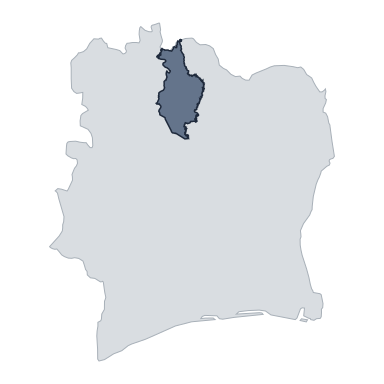 Poro, Savanes, Ivory Coast shown in context
{"feature_id": "98640826B2900878653745", "entity_name": "Poro", "entity_type": "district", "adm_level": 2, "iso_a3": "CIV", "parent_name": "Ivory Coast", "parent_adm1": "Savanes", "projection": "robinson", "projection_center": [-5.804, 9.476], "detail": "fine", "context": "in_parent", "style": "filled", "palette": "slate", "viewbox_px": 384, "rotation_deg": 0, "n_neighbors": 0, "source": "geoboundaries", "source_scale": "gbopen_adm2", "svg_char_len": 9007}
<svg xmlns="http://www.w3.org/2000/svg" viewBox="0 0 384 384"><path d="M78.5,52.8L79.9,52.8L83.5,51.6L86.7,48.9L89.8,43.3L93.9,38.8L98.5,39.1L99.9,38.3L101.5,38.1L103.4,41.1L105.4,43.3L106.7,43.4L107.8,47.7L116.2,49.5L119.8,50.6L122.8,53.8L123.9,53.8L125.2,53.2L126.2,52.1L126.4,50.9L125.1,48.1L125.6,45.6L127.0,43.3L129.2,43.1L132.4,42.5L136.2,42.5L139.0,42.9L140.1,40.6L139.1,34.3L139.3,30.8L139.8,27.8L140.8,26.6L145.0,30.3L148.8,31.7L151.5,31.8L152.3,31.1L151.1,27.0L151.5,25.8L152.5,25.1L154.3,24.7L159.1,23.0L159.6,23.4L160.6,29.8L160.1,31.8L161.2,36.2L162.4,40.2L162.3,41.8L161.3,44.3L160.1,46.6L160.2,47.6L162.1,49.1L165.8,50.7L169.7,51.1L171.8,48.8L174.1,46.8L175.6,45.1L176.1,42.6L178.6,40.8L185.5,38.5L192.0,38.1L193.5,38.8L196.4,42.4L200.1,44.8L205.7,44.5L209.7,45.9L213.3,48.6L215.6,54.6L218.2,59.0L219.3,65.1L223.4,68.4L226.6,69.9L230.9,74.3L235.4,76.6L240.0,76.1L242.2,78.4L245.6,80.1L249.1,80.2L252.1,75.0L256.1,73.0L266.3,68.9L270.3,67.0L274.3,65.8L284.1,65.4L293.2,66.7L297.7,67.7L300.8,67.0L303.7,69.4L306.7,74.6L309.2,76.2L311.7,78.0L313.6,82.1L315.8,86.1L317.0,87.9L319.8,91.9L322.1,91.9L324.4,90.2L325.4,88.9L325.9,91.6L325.0,95.8L325.1,98.5L326.4,99.5L325.7,102.9L323.1,108.6L323.1,112.1L325.7,113.1L327.6,116.8L328.8,123.0L329.9,125.0L330.0,126.3L332.0,141.3L334.4,156.4L332.9,158.4L330.8,159.0L329.5,159.7L329.1,161.1L330.0,163.1L329.4,165.0L326.8,166.3L321.2,171.1L320.8,173.0L319.3,177.1L318.0,179.6L316.2,184.2L313.3,196.4L312.2,206.5L312.1,209.6L310.9,211.8L309.7,215.0L303.5,223.6L300.4,230.7L300.8,233.8L301.0,236.9L300.1,239.1L300.2,245.1L301.0,250.1L302.1,255.1L306.6,269.0L308.9,277.4L310.3,284.3L311.6,288.8L312.8,290.7L313.3,292.5L319.9,293.7L321.2,294.7L323.0,303.6L322.7,307.6L321.4,309.2L321.5,312.6L321.2,316.8L320.2,318.4L316.5,318.7L314.0,320.3L310.7,319.6L310.4,318.6L308.6,318.2L303.7,315.8L304.5,308.1L302.2,307.8L300.5,308.8L297.0,318.0L295.3,319.6L270.9,314.9L265.5,311.0L259.2,310.1L248.1,310.6L238.9,311.7L236.3,314.1L259.4,312.7L261.9,313.0L263.1,314.4L233.9,317.4L222.7,319.2L219.4,318.7L216.9,315.8L204.8,315.4L202.3,316.4L200.8,318.6L205.6,318.1L213.1,318.0L215.1,319.6L191.6,321.8L175.3,326.0L168.4,329.1L145.6,339.2L131.7,344.0L128.1,345.7L121.8,350.7L113.7,353.8L104.5,359.6L99.0,361.0L97.7,359.1L97.6,349.2L96.8,336.0L97.1,331.0L97.9,326.2L97.9,322.3L100.7,320.8L101.4,319.2L101.8,314.0L104.4,309.4L104.5,301.2L105.2,299.5L105.8,297.4L104.7,292.0L103.3,282.0L102.6,281.3L102.0,281.7L100.5,281.9L94.8,278.4L90.4,277.8L87.3,274.9L87.1,271.5L85.6,269.5L84.5,265.6L83.0,261.1L78.7,258.4L74.6,257.7L71.7,258.3L68.3,258.1L64.4,256.6L61.7,254.9L59.1,251.6L56.8,249.0L54.9,249.3L52.6,248.7L50.3,247.5L49.6,246.6L59.1,236.1L62.3,231.0L62.7,227.9L62.7,224.8L63.7,221.5L64.0,216.6L58.8,198.7L57.5,193.1L56.1,191.5L55.2,190.9L57.8,188.6L61.5,189.2L67.1,191.0L68.3,189.2L72.5,180.2L72.4,176.8L72.0,174.5L74.5,168.3L76.4,165.9L77.5,163.3L77.1,159.8L75.7,158.5L73.7,158.7L71.4,157.9L67.8,155.8L66.0,154.0L66.5,145.9L66.9,143.3L68.1,141.9L70.1,141.5L75.7,141.2L80.1,142.2L84.1,142.7L86.2,142.7L87.9,145.1L90.1,147.6L92.1,147.6L92.8,145.7L92.4,137.7L91.0,133.4L88.0,129.3L80.3,125.8L80.1,120.9L80.9,115.5L82.5,113.6L88.3,110.2L87.3,108.4L85.5,106.4L81.8,104.5L82.7,98.1L82.8,92.4L79.7,93.0L76.6,93.4L73.9,91.6L71.6,88.2L71.2,78.7L71.2,67.7L70.8,62.9L71.7,60.3L74.4,57.9L77.4,54.8L78.5,52.8ZM307.5,319.8L306.3,321.9L300.1,320.5L301.5,318.8L307.5,319.8Z" fill="#d9dde1" stroke="#a8b0b8" stroke-width="1"/><path d="M156.3,103.4L156.7,103.9L157.0,104.1L157.5,103.8L158.3,104.2L158.7,104.1L158.9,103.9L159.2,103.9L159.6,104.6L160.6,105.7L160.9,106.3L160.9,106.9L160.6,107.8L159.2,109.9L158.8,111.2L159.7,112.9L159.9,114.8L165.0,117.6L165.3,119.2L171.2,130.7L171.5,131.7L172.3,132.7L172.6,132.9L174.3,133.1L175.3,133.5L175.7,133.2L184.9,138.9L188.0,138.6L187.7,138.4L187.6,138.2L187.8,137.9L188.2,137.7L187.6,137.2L188.0,137.1L187.6,136.3L187.8,135.9L188.3,136.2L188.5,136.0L188.2,135.5L188.2,135.2L187.5,134.9L187.2,135.0L186.9,134.7L186.4,135.2L186.3,135.6L186.0,135.7L185.5,134.9L184.9,134.4L185.0,134.2L185.2,133.9L184.8,133.3L184.7,132.8L184.8,132.6L185.6,132.7L185.7,132.2L185.5,131.8L185.9,131.6L185.8,130.9L186.0,130.8L186.0,130.4L186.2,130.1L186.2,129.9L185.6,129.5L185.1,129.5L184.9,129.1L185.6,128.8L186.5,128.8L186.7,128.6L186.1,128.2L185.3,127.9L185.5,127.4L185.9,127.1L185.4,126.9L184.8,126.3L184.5,126.8L184.1,126.8L184.0,126.6L184.0,126.2L184.5,125.3L184.4,124.7L184.7,124.2L185.0,124.1L185.0,123.4L185.2,122.9L185.3,122.7L186.0,122.9L186.2,123.2L186.4,123.3L187.2,123.2L187.6,123.3L187.7,123.6L189.9,122.9L190.2,122.5L190.4,121.7L190.8,121.4L191.3,121.4L191.7,121.6L192.0,121.4L192.4,121.5L193.8,121.2L194.6,121.4L195.2,121.4L195.8,122.1L197.0,121.2L197.0,120.9L196.6,120.6L195.5,120.3L194.9,119.5L194.9,119.1L195.3,119.2L196.1,119.8L196.4,119.9L196.6,118.7L196.4,118.5L195.8,118.3L195.6,118.1L195.8,117.5L195.9,116.5L195.9,116.0L196.2,116.0L196.8,116.7L197.2,116.2L197.2,115.8L196.8,115.3L196.4,115.4L196.4,115.0L196.9,114.8L197.5,114.9L198.4,115.5L198.5,115.3L198.5,114.8L197.6,113.4L196.8,112.7L195.1,112.2L194.6,111.6L194.4,110.9L194.9,110.5L194.9,109.7L195.1,109.6L195.9,109.9L196.8,109.2L196.8,108.8L196.5,107.9L197.6,106.9L197.1,106.2L198.0,105.5L198.0,105.3L197.5,104.7L198.0,104.6L198.1,104.3L197.3,104.0L197.5,103.7L198.0,104.1L198.3,104.2L198.8,103.9L198.9,103.5L199.2,103.3L199.3,103.0L199.2,102.7L199.4,102.5L199.3,102.3L199.1,102.2L199.9,101.0L200.0,100.4L199.8,99.9L200.5,99.5L199.9,98.7L199.8,98.4L200.5,98.6L200.9,98.4L201.0,98.0L201.5,97.6L201.2,97.1L201.9,96.8L201.9,96.7L201.4,96.4L201.8,96.3L201.9,95.9L202.4,95.5L202.5,95.0L202.1,94.8L202.0,94.1L201.7,93.7L202.3,92.9L202.1,92.7L202.5,92.2L202.4,91.3L202.6,91.1L203.2,91.3L203.6,91.0L203.6,90.7L203.4,89.9L203.1,89.8L202.8,89.8L202.7,89.5L203.5,89.0L204.2,89.0L204.3,88.7L204.2,88.4L203.8,88.3L203.0,88.9L202.4,87.6L202.4,87.4L202.6,87.3L203.3,87.7L203.7,87.2L203.8,86.1L203.6,85.6L204.0,85.0L203.6,84.7L204.0,84.3L204.2,84.0L203.8,83.8L203.6,83.5L203.9,82.8L203.4,82.6L203.0,82.8L202.7,82.4L202.9,82.0L203.1,82.1L203.0,81.8L202.9,81.7L202.6,81.8L202.3,81.7L202.4,81.1L202.8,80.6L202.8,80.4L202.0,81.3L201.7,81.3L201.9,80.3L201.6,80.1L201.3,80.4L200.8,80.4L200.9,79.4L200.5,78.9L200.0,78.8L199.9,79.1L199.6,79.0L199.8,78.1L198.8,77.8L198.5,77.2L198.3,77.0L197.4,77.1L197.2,76.6L196.0,76.6L196.2,76.0L196.8,76.0L197.0,75.8L196.6,75.6L196.5,75.8L196.2,75.6L196.3,75.2L196.0,74.4L195.5,74.8L195.1,74.9L194.7,75.3L194.5,75.1L194.1,75.1L193.9,75.5L193.5,75.4L193.7,75.0L192.9,75.5L192.7,75.4L192.3,75.6L191.8,75.4L191.8,75.5L192.1,75.7L192.2,76.2L192.1,76.3L191.7,76.0L191.5,75.5L191.5,75.3L191.8,75.1L191.2,75.2L191.1,75.7L190.7,75.4L190.2,75.3L189.8,75.0L189.4,75.4L189.1,74.4L188.7,74.2L188.5,74.5L188.3,74.5L188.1,74.3L188.2,73.8L188.0,73.7L187.8,73.9L187.5,73.6L187.8,72.9L188.1,72.8L188.4,72.5L188.6,71.6L188.5,71.2L188.5,70.8L187.8,70.6L187.0,70.0L186.8,68.9L186.2,68.8L185.9,68.4L185.9,68.1L186.3,67.4L186.2,67.0L185.3,66.6L184.8,66.0L184.7,65.3L184.5,65.2L184.5,64.8L184.5,63.7L184.3,63.4L184.1,63.4L184.2,62.8L183.8,61.5L184.2,60.5L184.1,60.1L184.1,59.8L183.9,59.5L183.8,58.6L184.2,58.0L184.3,57.5L184.1,56.7L183.8,56.3L183.5,55.8L183.7,54.9L183.4,54.4L182.5,53.4L182.1,52.6L181.8,52.3L181.4,51.1L180.7,50.4L181.5,49.2L181.4,48.4L181.0,47.9L181.2,46.3L181.1,45.8L180.3,45.0L180.3,44.4L180.0,44.0L180.0,43.6L179.5,42.7L179.5,42.4L179.4,42.1L179.6,41.8L180.2,41.7L181.3,41.2L181.5,40.4L181.5,40.0L181.4,39.8L180.5,39.7L180.3,39.5L179.7,39.9L179.6,40.6L179.4,40.9L178.3,41.6L177.9,41.6L177.7,41.3L177.5,41.7L177.1,43.8L177.3,44.6L176.3,45.6L176.8,46.4L176.6,47.5L175.9,47.7L174.9,46.8L174.6,46.8L173.3,47.2L173.5,48.3L173.0,49.2L172.2,50.2L171.9,50.9L171.6,51.1L170.6,50.8L169.3,50.7L168.7,50.5L168.0,50.0L167.4,50.1L165.2,50.1L164.9,50.3L164.5,49.8L163.0,49.3L162.4,48.9L162.1,48.6L161.9,49.0L161.9,49.5L161.3,49.1L161.0,49.4L160.8,50.4L161.6,51.0L161.4,51.4L161.4,51.6L161.3,51.9L160.3,52.5L160.1,53.1L160.0,53.3L160.2,53.6L160.6,53.4L160.8,53.6L160.8,55.0L160.6,55.3L160.4,55.3L160.1,55.1L160.1,54.6L160.0,54.0L159.7,53.8L159.6,54.1L159.0,54.5L158.8,55.0L158.3,55.2L158.4,55.4L158.9,55.1L159.3,55.2L159.1,56.0L159.0,57.1L158.7,57.1L158.1,56.7L157.7,56.0L157.8,55.6L157.7,55.6L157.7,56.3L157.3,56.6L157.0,56.4L156.8,56.7L156.8,56.9L156.9,57.0L157.5,56.9L157.7,57.0L158.2,57.9L158.5,58.2L158.4,58.4L158.8,58.6L159.0,58.5L160.8,59.2L164.4,59.5L165.5,60.2L165.7,60.5L165.7,61.4L164.8,62.3L163.5,62.9L163.2,63.1L162.9,64.2L163.2,65.3L164.1,66.1L164.4,66.3L165.2,67.2L167.1,67.8L167.8,68.5L168.6,68.9L169.5,70.4L170.2,70.7L170.3,71.2L169.8,72.2L169.1,73.0L168.0,72.5L166.9,71.1L166.5,71.8L166.2,73.3L166.3,74.8L167.0,77.1L166.5,78.2L166.1,80.0L165.6,80.0L164.1,81.5L164.1,82.6L164.2,84.1L164.0,85.7L164.3,86.5L164.3,87.1L164.6,87.5L164.3,88.6L163.4,90.2L160.6,91.5L159.0,92.7L158.8,93.5L158.9,94.8L158.5,95.6L158.9,96.6L158.4,97.1L158.8,98.0L158.9,98.8L158.3,100.3L157.8,101.3L157.6,102.1L157.0,102.7L156.7,103.3L156.3,103.4Z" fill="#64748b" stroke="#1e293b" stroke-width="1.5"/></svg>